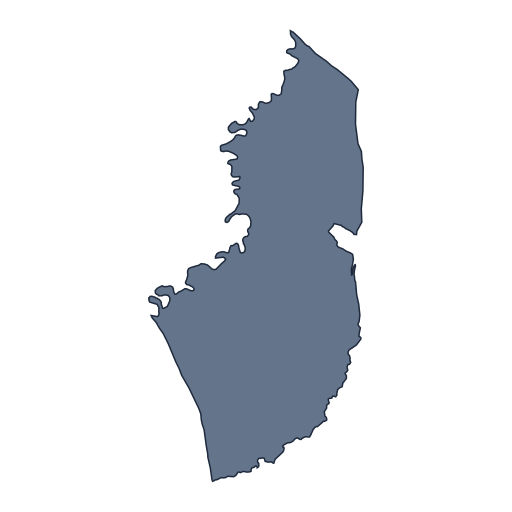 Ahuas, Gracias a Dios, Honduras (Mercator projection)
{"feature_id": "27666195B1442019449651", "entity_name": "Ahuas", "entity_type": "district", "adm_level": 2, "iso_a3": "HND", "parent_name": "Honduras", "parent_adm1": "Gracias a Dios", "projection": "mercator", "projection_center": [-84.342, 15.493], "detail": "fine", "context": "isolated", "style": "filled", "palette": "slate", "viewbox_px": 512, "rotation_deg": 0, "n_neighbors": 0, "source": "geoboundaries", "source_scale": "gbopen_adm2", "svg_char_len": 6078}
<svg xmlns="http://www.w3.org/2000/svg" viewBox="0 0 512 512"><path d="M358.3,89.7L351.4,81.5L348.5,78.8L337.2,69.5L331.5,65.8L326.4,61.2L315.4,53.5L309.1,46.6L307.2,45.8L305.2,44.3L300.6,39.1L293.0,32.0L292.3,31.9L290.4,30.7L290.6,34.4L291.6,36.7L294.1,39.3L295.1,40.9L295.7,42.8L295.7,46.3L295.0,47.9L293.1,48.9L289.9,48.9L288.0,49.5L286.7,50.8L286.7,52.7L290.5,54.3L291.2,55.3L292.1,55.9L297.2,58.5L298.5,59.8L298.8,60.7L297.8,63.3L295.0,66.8L292.7,68.1L291.8,69.1L289.8,69.4L287.6,70.3L285.4,70.3L283.8,71.3L284.1,75.1L284.7,76.7L284.7,79.6L283.4,83.8L281.8,87.3L281.8,90.2L281.1,94.0L278.9,95.3L277.0,95.3L273.2,93.6L271.9,93.6L271.2,94.3L271.5,98.8L271.2,100.7L270.6,101.6L269.0,102.6L266.4,103.2L265.1,103.2L262.6,101.9L261.0,101.9L260.4,101.6L259.7,101.9L258.4,104.2L258.4,107.7L256.2,109.6L253.3,109.3L251.1,107.0L249.5,107.3L249.2,108.3L249.8,109.3L249.8,109.9L252.4,113.1L254.3,117.0L254.2,118.9L252.6,121.1L250.7,121.4L250.1,120.8L250.1,120.2L249.1,118.5L248.5,118.9L246.6,122.4L245.0,124.0L242.4,124.9L239.2,124.6L237.3,123.6L236.1,121.7L235.1,121.4L231.6,123.3L228.4,127.1L228.4,129.7L229.3,130.6L229.6,131.6L231.9,132.9L232.5,132.6L234.4,132.6L236.3,131.6L237.9,130.4L240.8,129.1L244.3,129.4L246.2,130.4L246.9,132.0L246.5,134.2L245.6,135.8L244.0,136.1L240.8,135.2L239.2,135.2L238.9,134.8L236.3,135.2L235.4,136.1L234.4,138.0L233.1,139.6L230.6,141.5L226.4,143.8L221.3,145.4L220.4,146.4L220.6,150.3L221.3,151.2L223.8,151.6L225.4,151.0L228.6,151.3L233.4,153.3L236.8,155.6L237.5,156.6L237.4,158.2L236.8,159.1L230.4,160.0L229.8,160.6L228.8,160.9L228.1,161.9L227.8,163.5L230.3,164.5L231.3,165.5L231.9,166.7L231.8,171.9L231.2,173.8L231.2,174.7L231.8,175.7L232.7,176.7L233.7,177.0L238.5,176.8L239.1,176.4L239.8,176.8L240.1,177.4L239.1,180.0L233.6,181.5L232.4,182.8L232.0,183.7L232.6,185.0L238.7,186.4L239.6,187.0L239.9,188.0L239.3,188.9L235.1,189.5L234.2,190.1L233.8,191.1L234.1,192.7L235.4,194.0L236.7,194.3L237.3,195.0L239.2,198.2L239.1,203.3L235.2,210.6L230.7,214.1L230.1,214.1L226.2,217.6L225.2,219.8L225.2,221.4L225.5,222.0L226.4,222.4L227.1,222.4L228.7,221.4L230.0,218.9L231.9,216.4L235.5,213.9L237.1,213.9L239.3,214.5L242.5,213.9L246.6,214.3L248.2,215.6L249.8,217.6L251.0,221.7L250.6,225.9L249.6,227.8L248.3,228.7L247.7,229.7L247.7,231.6L248.6,233.2L248.6,234.8L247.3,236.4L246.0,236.4L245.1,237.0L244.4,237.0L243.1,238.6L242.8,239.6L242.8,241.2L243.4,242.1L243.4,243.7L244.3,244.4L244.3,245.3L245.2,247.3L245.2,249.5L244.6,251.7L242.3,253.0L240.4,252.6L238.9,248.1L238.6,245.6L237.6,243.6L236.1,243.3L232.5,245.8L231.9,245.5L230.9,245.8L230.0,247.4L229.9,248.3L228.6,252.5L227.0,252.8L223.9,251.8L221.6,251.8L218.4,252.7L216.8,253.9L215.5,256.5L215.5,258.1L223.2,257.2L224.4,257.9L225.7,259.2L224.4,261.1L221.2,263.9L216.0,269.3L213.8,269.6L211.9,268.9L207.5,265.0L204.6,264.0L201.1,263.7L198.9,265.2L191.2,267.4L188.6,268.6L187.6,270.9L187.6,273.7L187.9,275.0L186.6,279.8L185.6,281.7L185.6,283.3L186.8,284.6L189.1,285.0L191.0,286.3L192.2,286.6L193.8,288.2L194.1,289.8L192.8,290.8L190.9,290.7L186.5,288.8L184.9,288.7L180.7,291.3L178.8,291.9L176.2,294.1L174.9,294.1L174.0,292.5L173.4,290.2L173.4,288.9L172.5,287.0L170.6,286.0L169.3,286.0L167.1,286.6L163.6,286.6L162.6,285.9L162.0,285.9L159.1,287.2L157.2,288.4L155.2,290.6L155.5,293.2L156.5,294.2L158.4,295.1L158.7,295.8L161.9,295.8L164.4,294.9L167.9,295.3L169.2,296.6L169.8,297.8L169.8,300.7L167.8,305.5L167.2,306.5L163.9,308.3L162.7,308.3L161.4,304.5L161.2,302.2L160.5,300.9L159.0,299.3L158.0,299.0L157.4,298.3L155.8,298.0L154.8,297.0L153.9,297.0L152.6,296.4L150.4,296.3L148.8,297.9L149.1,300.8L149.7,302.1L157.3,304.4L157.9,306.0L158.9,307.3L158.8,312.4L159.1,313.1L158.5,315.6L157.5,316.6L151.1,315.5L152.4,318.2L156.1,322.3L159.3,328.0L163.3,333.7L168.3,343.8L175.7,361.6L179.1,368.5L181.6,375.2L188.9,387.8L198.8,408.4L200.8,413.9L201.3,419.8L202.3,424.4L204.1,429.8L206.3,446.0L207.7,453.8L207.9,457.4L210.3,467.9L212.0,479.9L212.7,481.3L214.4,480.6L215.0,480.0L217.0,479.7L221.4,477.5L222.4,477.9L225.6,477.6L227.5,476.3L233.8,476.7L235.8,475.5L238.0,472.3L238.7,472.0L240.6,472.6L243.1,471.4L247.3,472.1L250.1,471.8L251.1,471.2L251.1,469.3L252.1,467.7L254.0,467.4L255.3,466.1L256.6,466.1L257.2,467.1L257.2,467.7L258.5,466.8L258.8,465.8L258.8,463.6L258.2,462.6L257.6,462.3L257.6,461.0L257.6,460.1L258.6,458.5L263.7,457.9L264.3,458.6L265.2,461.5L266.2,461.5L267.7,462.1L271.6,461.9L272.5,462.8L273.8,463.2L275.1,459.3L282.8,452.1L283.5,451.1L284.1,448.3L283.8,447.3L283.2,447.3L282.6,446.3L283.5,445.1L287.4,442.9L290.2,442.6L292.8,441.3L295.4,438.5L297.6,437.9L299.5,439.2L300.8,439.5L301.4,439.2L301.7,438.6L304.6,437.0L305.9,436.7L309.1,437.1L309.7,436.8L311.3,433.9L311.3,433.3L312.3,431.7L313.0,429.5L313.6,429.2L314.6,427.6L316.2,426.6L317.5,426.6L323.9,421.0L324.5,421.3L326.5,420.4L326.8,419.4L326.5,418.1L326.2,417.2L325.2,416.5L324.9,415.9L324.3,411.7L326.6,408.2L326.7,405.0L328.6,403.8L329.2,402.8L328.6,401.5L328.3,399.0L329.3,398.4L331.8,398.1L332.5,396.2L333.8,396.2L335.7,396.8L337.0,394.9L336.7,393.7L337.7,389.5L339.9,387.6L342.2,386.7L342.8,383.2L346.4,378.4L346.4,375.6L345.2,373.9L345.2,373.0L346.8,371.7L347.8,370.1L347.2,367.9L347.2,366.3L347.9,364.7L348.2,364.4L349.4,364.4L350.7,362.5L349.8,359.6L350.2,358.7L349.6,355.8L348.0,353.8L348.3,351.6L349.0,350.0L356.4,345.0L360.9,339.0L360.9,338.0L360.3,337.1L359.0,336.4L359.1,333.8L360.4,327.8L358.9,326.2L357.9,324.2L359.1,321.6L359.9,315.1L358.7,304.0L356.7,294.9L355.5,281.7L354.8,280.5L354.4,275.9L354.0,275.0L354.3,271.2L355.5,265.6L355.2,264.7L354.6,265.0L352.9,268.6L352.3,273.7L352.1,274.7L351.6,274.9L351.3,268.9L352.3,265.7L353.4,259.2L352.6,254.3L350.4,252.9L345.9,251.0L342.7,248.8L338.7,247.3L337.8,246.5L336.7,244.9L337.3,242.5L336.4,240.8L335.4,240.1L334.4,238.6L333.6,236.7L332.6,236.0L328.5,231.9L328.6,230.9L332.8,226.2L334.1,223.6L341.4,225.4L342.4,226.7L343.4,226.8L346.0,228.8L349.9,230.6L352.6,232.5L354.1,234.4L356.5,234.6L356.9,231.1L361.8,222.2L361.3,209.0L362.9,191.0L363.2,167.4L361.9,159.0L361.4,151.4L358.0,143.7L355.5,124.2L355.8,102.0L358.3,89.7Z" fill="#64748b" stroke="#1e293b" stroke-width="1.5"/></svg>